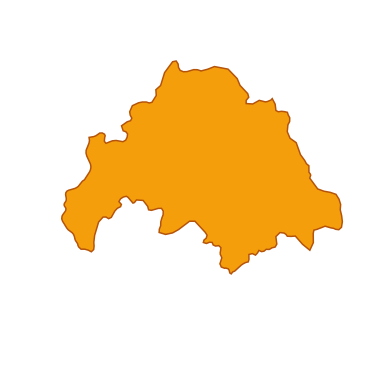 the State of Kaduna, rotated 324°
{"feature_id": "NGA-2864", "entity_name": "Kaduna", "entity_type": "State", "adm_level": 1, "iso_a3": "NGA", "parent_name": "Nigeria", "parent_adm1": "", "projection": "albers", "projection_center": [7.395, 10.247], "detail": "fine", "context": "isolated", "style": "filled", "palette": "amber", "viewbox_px": 384, "rotation_deg": 324, "n_neighbors": 0, "source": "natural_earth", "source_scale": "10m", "svg_char_len": 3032}
<svg xmlns="http://www.w3.org/2000/svg" viewBox="0 0 384 384"><g transform="rotate(324 192 192)"><path d="M311.8,163.6L310.9,169.8L307.8,175.4L309.0,177.8L311.8,179.3L314.0,181.3L316.0,183.6L315.1,186.3L314.7,189.4L312.4,192.4L309.1,194.0L304.5,199.2L302.9,206.2L305.3,213.3L301.7,225.6L301.7,232.8L301.2,236.4L302.0,239.5L298.2,244.8L298.3,246.4L298.0,248.1L295.4,250.0L295.5,263.4L299.2,268.9L303.6,273.5L307.1,278.5L306.7,284.2L304.9,289.5L301.5,293.5L299.1,299.2L296.2,304.4L292.2,308.4L288.6,308.8L286.3,306.6L285.1,304.5L283.3,302.7L279.6,297.9L271.2,295.7L268.2,294.5L265.7,296.8L260.4,304.3L253.1,308.4L250.7,299.3L249.7,288.4L246.1,286.2L243.1,283.8L243.1,281.4L242.3,279.3L239.3,276.5L233.6,277.4L230.0,284.0L226.9,285.4L223.7,284.1L222.2,284.1L220.6,283.8L218.4,282.0L215.4,282.2L213.2,281.1L211.8,278.6L209.2,279.8L206.3,280.4L204.6,277.3L201.3,276.0L198.4,280.1L196.4,281.6L194.0,280.6L191.5,280.2L188.9,280.1L180.1,281.1L177.9,280.6L175.6,281.3L175.0,279.8L176.1,276.9L176.2,275.6L174.7,273.5L173.5,272.8L171.6,269.9L172.4,266.5L177.4,262.8L177.9,261.0L178.2,259.1L179.2,257.6L180.5,256.4L182.7,254.0L182.1,251.1L179.3,249.6L178.0,247.3L178.7,244.7L176.8,243.0L173.4,242.1L171.5,239.5L173.5,237.9L176.4,237.7L178.8,235.8L179.0,232.4L177.2,217.4L172.8,214.2L159.1,214.5L152.3,213.7L145.7,210.8L141.6,205.4L143.8,202.8L146.8,200.9L149.2,197.8L152.2,195.4L155.3,193.4L157.5,190.5L157.7,187.3L155.0,185.4L148.4,183.0L146.4,180.9L147.7,177.6L147.5,170.1L142.4,165.8L139.2,166.7L137.7,166.3L137.1,158.7L136.4,156.9L133.5,155.7L130.2,155.5L127.2,156.8L127.6,160.5L125.6,161.9L122.0,161.3L118.5,162.0L111.8,165.1L108.9,164.6L107.7,161.7L105.3,160.0L98.8,161.4L87.8,169.8L83.0,175.0L81.0,178.2L78.6,180.8L75.4,181.2L73.9,178.1L71.6,175.2L68.6,173.0L68.0,169.8L68.4,168.0L69.0,166.8L69.1,165.6L69.2,163.1L69.4,161.9L70.7,158.8L71.2,156.7L71.2,155.6L71.1,154.5L69.6,149.7L69.5,147.4L70.1,139.6L70.8,137.2L72.7,135.1L74.5,134.3L78.7,132.9L80.1,131.6L80.5,130.4L80.5,129.2L80.6,128.0L81.3,126.8L82.3,126.1L84.5,125.3L85.4,124.7L86.5,123.3L88.2,119.8L89.4,118.5L91.2,117.8L93.1,118.0L99.1,120.2L101.2,120.6L103.3,120.6L109.3,118.9L110.3,118.8L111.8,118.9L112.6,118.8L113.4,118.4L121.2,115.4L122.8,114.4L124.2,113.2L125.4,111.6L126.3,109.6L128.0,101.1L129.1,98.3L130.9,96.0L137.4,91.9L139.3,90.1L140.8,87.3L145.0,89.4L147.2,90.0L152.1,90.1L154.1,91.5L155.2,93.8L154.8,95.5L153.4,96.6L150.9,99.4L151.0,102.0L157.7,103.8L160.9,105.7L165.7,110.7L168.8,111.1L171.8,109.5L174.0,107.1L173.9,104.4L172.3,102.0L173.9,97.0L180.9,97.1L184.2,98.2L186.7,96.9L187.2,93.5L188.7,90.5L194.5,87.1L201.2,88.4L204.7,90.0L207.9,92.3L209.7,94.8L212.3,95.9L219.8,92.9L222.9,88.0L229.2,87.4L240.0,79.3L252.9,75.2L256.2,76.7L256.0,80.3L254.3,83.3L253.9,86.7L255.8,89.7L258.8,91.7L265.3,94.0L268.3,96.3L270.5,99.4L276.9,101.9L283.9,103.7L293.4,113.8L295.2,126.8L293.5,134.0L294.9,145.2L293.6,148.7L289.7,149.7L287.8,152.3L292.9,156.5L300.3,157.4L304.3,162.2L306.1,163.1L309.9,164.0L311.8,163.6Z" fill="#f59e0b" stroke="#b45309" stroke-width="1.5"/></g></svg>